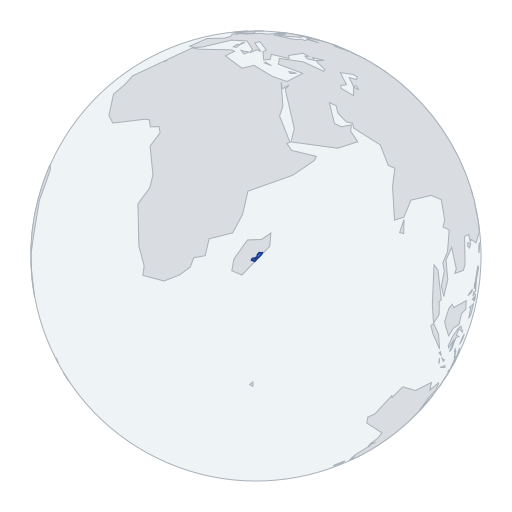 Atsinanana on an orthographic globe, rotated 26°
{"feature_id": "MDG-5868", "entity_name": "Atsinanana", "entity_type": "Autonomous Province", "adm_level": 1, "iso_a3": "MDG", "parent_name": "Madagascar", "parent_adm1": "", "projection": "orthographic", "projection_center": [48.339, -18.983], "detail": "fine", "context": "on_globe", "style": "filled", "palette": "blue", "viewbox_px": 512, "rotation_deg": 26, "n_neighbors": 0, "source": "natural_earth", "source_scale": "10m", "svg_char_len": 6897}
<svg xmlns="http://www.w3.org/2000/svg" viewBox="0 0 512 512"><g transform="rotate(26 256 256)"><circle cx="256" cy="256" r="225" fill="#eef3f6" stroke="#a8b0b8"/><path d="M30.9,266.0L31.1,264.5L33.2,268.1L34.9,281.1L36.8,300.4L47.0,334.7L52.8,352.6L59.9,366.3L74.3,389.1L75.0,390.1L65.6,376.4L57.2,361.9L49.9,346.9L43.7,331.4L38.7,315.4L34.9,299.1L32.3,282.6L30.9,266.0ZM134.2,445.5L136.5,446.7L142.1,450.3L141.9,450.3L134.2,445.5ZM124.9,438.7L120.6,435.2L121.4,435.5L124.5,438.0L124.9,438.7ZM234.7,31.7L245.1,31.4L240.2,32.0L232.6,32.4L236.5,33.1L237.7,32.5L241.3,32.5L246.2,31.6L249.0,31.6L249.0,31.0L253.0,31.0L252.9,31.4L263.6,31.0L272.8,31.5L273.9,31.5L272.4,31.3L285.0,32.7L281.2,32.1L280.4,32.0L289.6,33.2L291.5,33.5L291.3,33.8L293.1,34.1L294.3,34.0L291.5,33.5L307.5,36.7L323.2,41.0L338.6,46.4L353.5,52.9L368.0,60.5L381.8,69.1L395.0,78.7L407.5,89.2L419.1,100.6L419.7,101.7L424.7,107.1L427.9,110.4L430.5,114.3L439.9,126.4L446.2,136.7L448.0,147.7L442.0,146.7L442.7,149.8L437.6,143.3L434.9,147.0L447.6,172.0L448.7,178.0L442.4,184.5L441.6,179.7L428.1,162.5L428.5,176.2L438.8,193.3L442.5,210.1L435.8,201.7L431.8,186.9L427.0,180.4L426.2,168.0L418.2,147.8L411.4,148.1L409.9,141.0L397.9,124.2L386.9,124.7L370.8,137.9L371.9,156.2L364.8,163.1L348.2,133.6L342.3,116.2L335.3,116.7L319.0,101.6L287.9,98.3L284.4,94.3L278.4,95.8L267.1,91.7L262.0,85.7L254.8,86.1L268.4,102.5L276.3,102.4L284.2,96.3L286.4,102.4L297.4,108.7L282.0,123.4L237.4,138.1L234.6,124.7L208.9,93.0L210.6,89.4L210.5,89.1L210.3,88.4L206.3,94.3L202.4,88.8L214.5,109.6L215.8,119.8L236.7,139.0L234.4,141.3L241.6,145.5L266.7,140.0L266.5,144.7L253.7,167.2L220.3,201.3L225.7,224.5L224.9,245.4L206.3,261.1L210.2,277.9L200.9,284.9L201.7,294.9L195.5,306.6L184.3,318.8L162.9,323.0L159.8,313.9L146.4,298.4L127.0,260.8L130.6,241.5L127.9,228.4L112.6,203.6L115.8,187.3L112.2,182.2L104.4,186.2L100.4,180.3L95.9,181.9L69.1,199.3L62.2,194.2L57.0,173.0L62.8,159.8L66.1,148.2L107.6,96.8L113.9,95.2L143.7,81.4L147.0,81.4L140.7,89.5L160.9,93.4L170.7,85.5L191.7,87.4L207.4,85.6L217.9,71.4L192.1,73.8L190.4,68.2L213.2,60.8L236.1,60.3L236.1,58.2L223.9,54.2L231.5,50.4L220.0,52.8L222.9,54.5L215.8,56.3L212.7,55.0L215.5,53.5L209.2,53.3L197.5,61.4L199.2,64.0L181.4,68.0L182.6,73.0L177.0,76.5L172.8,69.4L175.0,66.3L165.4,61.6L161.5,65.1L170.3,70.0L166.5,70.2L161.3,76.0L162.3,71.8L153.7,66.6L139.2,72.8L116.6,91.4L109.0,95.8L104.4,96.5L116.7,82.0L132.4,73.9L137.0,69.7L137.3,66.8L142.0,64.9L144.1,63.1L150.4,60.5L162.6,53.8L169.5,51.4L177.7,46.5L182.3,44.9L176.2,48.1L175.6,49.4L193.1,45.3L197.5,43.8L201.4,41.3L205.7,40.9L207.2,39.0L218.9,36.9L206.0,38.3L210.2,36.4L219.0,34.4L218.1,34.2L203.7,37.7L200.0,39.0L200.6,39.6L188.6,44.7L181.8,46.8L185.6,43.2L176.4,46.1L183.3,42.9L205.4,36.5L234.7,31.7ZM423.9,105.8L423.4,105.3L420.6,102.2L423.9,105.8ZM90.5,118.3L88.7,121.7L88.6,121.8L90.5,118.3ZM258.7,68.0L273.5,69.1L269.6,61.4L275.0,61.4L271.7,59.0L269.2,60.8L261.6,54.8L269.0,53.3L268.6,50.6L263.6,50.2L251.4,54.2L262.2,62.4L257.6,65.4L258.7,68.0ZM149.3,57.7L150.3,57.5L146.2,59.9L137.5,64.8L143.4,61.0L149.3,57.7ZM152.6,56.7L158.8,52.8L164.4,50.3L160.2,52.2L163.3,50.9L157.4,53.9L156.8,56.0L153.1,58.5L139.1,64.9L145.7,61.2L144.3,61.4L152.6,56.7ZM152.4,77.7L155.2,77.2L160.1,75.8L156.9,79.7L152.4,77.7ZM146.2,74.1L149.0,72.9L146.9,77.1L143.9,77.9L146.2,74.1ZM152.4,69.0L149.4,72.5L149.3,71.1L152.4,69.0ZM179.0,47.1L182.2,46.1L181.8,46.6L179.2,47.9L179.0,47.1ZM212.5,74.0L206.9,76.9L204.9,75.9L207.3,75.0L212.5,74.0ZM179.7,77.6L186.4,78.2L178.8,78.7L179.7,77.6ZM308.4,370.5L310.4,374.5L306.7,374.3L308.4,370.5ZM264.1,241.3L251.6,279.4L240.7,279.8L237.5,268.3L241.3,245.3L253.6,238.8L259.3,228.8L264.1,241.3ZM465.6,267.4L467.5,271.1L467.3,272.0L465.6,267.4ZM463.7,261.1L466.3,264.4L462.9,262.8L463.7,261.1ZM467.2,265.8L469.8,267.0L471.0,266.7L470.5,268.6L467.2,265.8ZM461.7,259.1L449.2,248.4L443.6,241.8L445.4,238.9L454.4,246.3L461.7,259.1ZM445.0,238.5L435.8,222.4L419.9,185.9L425.7,188.8L441.7,214.1L440.7,216.7L446.3,228.4L445.0,238.5ZM465.1,234.4L464.1,243.3L457.6,236.5L454.4,232.4L452.3,218.5L453.5,213.4L456.3,215.7L464.5,204.0L467.9,212.0L465.9,217.7L468.5,228.4L465.1,234.4ZM373.0,158.3L378.9,171.1L374.8,172.0L373.0,158.3ZM465.8,193.9L463.8,198.8L465.0,190.8L465.8,193.9ZM465.4,185.5L466.5,189.9L464.3,184.4L465.4,185.5ZM444.4,155.2L441.6,154.0L440.6,151.1L443.6,151.0L444.4,155.2ZM450.9,145.8L454.4,153.5L455.1,155.8L452.1,149.8L450.9,145.8ZM267.7,31.0L267.9,31.0L267.4,31.0L267.7,31.0ZM417.8,409.9L425.7,401.1L423.8,405.0L417.9,410.7L417.8,409.9ZM438.6,387.9L431.2,397.2L429.3,398.1L432.6,393.6L430.8,394.8L433.3,389.5L441.9,376.2L439.9,377.4L445.1,371.1L440.6,375.4L445.3,366.5L446.7,359.7L428.9,357.6L427.1,351.7L432.1,345.8L439.3,322.0L440.4,323.5L445.3,309.2L458.3,307.0L469.1,292.8L471.1,300.3L475.8,289.6L476.4,297.5L473.3,307.6L470.5,323.1L476.3,302.9L471.7,321.0L465.5,338.7L458.0,355.8L449.0,372.3L438.6,387.9ZM470.3,275.4L473.7,271.7L474.8,273.3L470.3,275.4ZM478.1,293.8L478.8,286.2L479.4,283.6L480.3,275.5L479.7,264.5L479.6,258.4L480.4,258.3L479.2,249.5L480.6,253.3L480.6,264.8L481.2,261.2L481.1,264.8L478.1,293.8ZM479.4,273.4L479.5,274.5L479.1,276.3L479.4,273.4ZM476.6,253.2L476.3,255.6L475.7,252.2L476.6,253.2ZM477.4,253.6L478.8,260.8L477.2,255.4L477.4,253.6ZM470.1,232.3L470.9,239.3L473.6,239.3L471.5,241.9L472.7,254.3L471.8,257.2L470.8,243.9L469.4,254.1L468.1,252.3L468.0,241.9L469.6,232.2L470.9,229.2L475.4,234.1L470.1,232.3ZM477.7,246.3L477.2,238.3L477.4,234.7L478.0,239.5L477.7,246.3ZM474.5,218.9L471.8,208.5L470.4,208.8L472.4,203.7L474.8,214.5L474.5,218.9ZM470.7,200.1L469.5,200.2L470.2,196.8L470.7,200.1ZM468.6,197.1L467.4,191.8L469.0,194.4L468.6,197.1ZM471.6,201.6L470.2,193.5L471.8,199.5L471.6,201.6ZM464.2,179.9L469.1,192.1L464.4,183.3L459.6,167.3L461.3,169.2L464.2,179.9Z" fill="#d9dde1" stroke="#a8b0b8" stroke-width="1"/><path d="M260.3,250.2L260.4,250.8L260.4,251.1L260.3,251.3L260.2,251.8L260.0,252.4L260.0,252.5L260.1,252.8L259.9,253.0L259.8,253.8L259.7,254.0L259.6,254.3L259.4,254.7L259.2,255.5L258.9,256.1L258.7,256.3L258.4,257.6L257.9,258.8L257.8,259.4L257.8,259.5L257.7,260.0L257.6,259.9L257.6,260.0L257.3,260.8L257.1,261.4L257.0,261.6L256.7,261.5L256.4,261.6L256.2,261.5L256.2,261.4L256.1,261.2L255.9,261.2L255.7,261.2L255.5,260.9L255.4,260.9L255.3,261.0L255.2,261.2L255.2,261.3L255.1,261.5L254.9,261.7L254.7,261.6L254.4,261.7L254.2,261.7L254.2,261.8L253.9,261.8L253.9,261.7L253.7,261.6L253.6,261.4L253.6,261.1L253.6,260.7L253.7,260.3L253.7,260.1L253.8,259.9L253.9,259.6L254.0,259.5L254.1,259.4L254.2,259.2L254.7,259.1L255.0,258.9L255.3,259.1L255.9,259.2L256.0,258.3L256.3,258.3L256.2,257.6L256.8,257.4L256.9,256.8L257.2,256.7L257.2,255.9L256.9,255.1L256.7,254.5L256.7,253.7L256.9,253.1L257.3,253.0L257.8,252.7L257.7,252.3L257.4,252.0L257.2,251.7L257.4,251.6L257.9,251.6L258.0,251.2L258.5,251.1L259.1,251.0L259.6,250.9L259.6,250.6L259.7,250.3L260.3,250.2Z" fill="#3b82f6" stroke="#1e3a8a" stroke-width="1.5"/></g></svg>